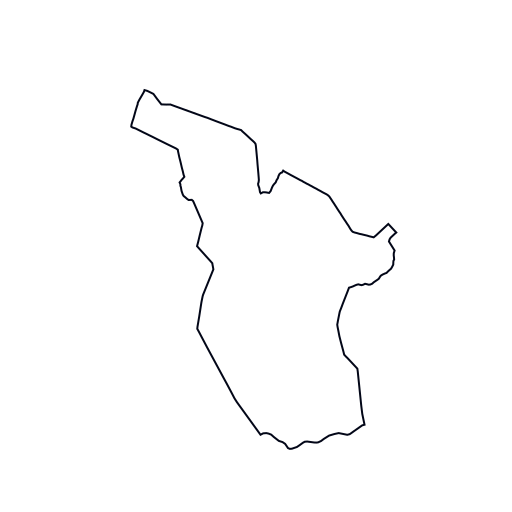 Matões, Maranhão, Brazil, rotated 47°
{"feature_id": "56859067B60490474667229", "entity_name": "Matões", "entity_type": "district", "adm_level": 2, "iso_a3": "BRA", "parent_name": "Brazil", "parent_adm1": "Maranhão", "projection": "mercator", "projection_center": [-43.362, -5.379], "detail": "fine", "context": "isolated", "style": "outline", "palette": "ink", "viewbox_px": 512, "rotation_deg": 47, "n_neighbors": 0, "source": "geoboundaries", "source_scale": "gbopen_adm2", "svg_char_len": 3993}
<svg xmlns="http://www.w3.org/2000/svg" viewBox="0 0 512 512"><g transform="rotate(47 256 256)"><path d="M67.5,220.5L65.0,221.4L61.1,222.9L58.6,224.4L59.5,226.0L60.3,228.5L61.3,231.8L62.1,234.5L62.8,236.5L63.3,237.9L64.4,239.2L65.1,240.6L67.7,245.1L69.8,248.5L72.0,252.1L73.3,254.6L75.1,257.6L76.3,259.0L77.7,258.7L79.2,257.9L80.6,257.1L86.8,254.8L89.0,254.0L91.0,253.2L93.1,252.4L95.0,251.7L98.1,250.5L104.6,248.1L113.6,244.7L122.7,241.2L124.9,240.7L126.4,241.7L131.4,244.7L133.8,246.0L135.8,247.1L141.0,250.1L144.2,251.8L147.1,253.5L149.2,254.4L149.5,256.8L149.6,258.6L149.9,260.1L150.1,261.7L152.0,262.4L153.1,263.4L154.5,264.0L156.1,265.1L157.7,266.1L159.7,267.0L161.3,267.7L162.8,268.0L164.8,267.7L167.0,267.5L169.1,267.1L171.1,264.7L172.9,264.5L175.8,265.5L186.7,269.4L195.6,272.6L197.0,274.4L198.3,276.6L202.2,282.6L206.0,288.3L208.6,292.4L211.7,292.5L222.7,292.7L229.3,292.8L231.5,292.9L232.8,293.8L234.1,294.6L236.7,296.3L248.2,321.0L249.0,322.4L252.2,326.9L253.1,328.1L261.3,338.5L267.8,347.0L269.2,348.6L272.7,349.5L274.9,350.1L277.8,350.9L280.0,351.5L289.2,354.0L295.7,355.7L322.9,362.8L330.3,364.7L340.0,367.3L345.4,368.8L349.7,369.6L352.8,370.0L389.8,374.6L390.6,371.7L392.6,369.2L394.5,367.9L397.0,366.7L400.5,366.4L406.8,365.4L410.2,363.5L413.3,362.8L418.3,363.6L420.1,362.8L421.4,361.2L423.6,356.3L424.1,353.0L424.6,348.9L425.1,347.0L426.6,345.1L432.1,340.6L433.8,338.9L434.7,337.6L435.7,334.5L436.0,331.3L437.2,325.0L439.7,320.0L441.9,316.3L444.8,314.2L449.0,311.2L450.2,309.0L450.5,307.1L450.8,304.6L452.3,293.8L453.4,291.7L444.0,286.0L437.1,281.0L409.8,260.3L407.5,258.7L403.1,258.7L401.4,258.7L399.3,258.7L395.4,258.7L392.7,258.7L391.2,258.8L388.3,258.8L385.8,257.4L384.5,256.7L379.2,253.9L377.5,253.0L371.5,249.7L367.7,247.3L365.6,246.0L363.5,244.7L361.6,243.4L360.5,241.9L359.5,240.6L354.8,234.1L353.7,232.5L352.2,229.3L350.0,224.9L344.2,212.8L342.6,209.6L343.6,207.6L344.4,205.7L344.9,204.1L345.6,202.2L346.5,200.5L347.8,199.7L349.3,198.7L350.1,197.2L350.7,195.2L352.3,194.1L353.8,193.2L354.8,191.9L355.5,189.9L355.5,187.9L355.9,185.3L356.2,183.5L356.4,181.7L355.9,180.0L355.5,178.2L355.9,176.1L356.7,173.7L357.4,172.1L357.3,170.3L357.3,168.2L357.4,165.9L356.7,163.6L355.9,161.5L354.3,159.9L353.3,158.8L352.8,157.4L351.2,156.1L349.4,154.8L347.9,153.3L346.5,150.9L336.1,148.9L334.9,146.9L334.4,145.0L334.4,143.4L334.4,141.4L334.4,139.2L334.5,137.4L333.0,137.4L329.8,137.4L324.3,137.4L322.8,137.4L322.8,146.1L322.8,147.6L322.8,150.5L322.8,152.3L322.8,154.1L322.6,157.2L320.9,158.3L319.0,159.6L316.9,160.8L315.1,162.0L313.6,163.0L312.2,163.9L310.4,165.2L308.0,166.6L306.0,167.9L304.2,168.8L302.5,168.8L300.9,168.6L299.0,168.2L296.8,167.7L294.6,167.4L291.9,166.9L289.8,166.6L288.0,166.3L286.4,166.0L284.6,165.7L282.5,165.2L280.3,164.9L278.6,164.6L276.8,164.3L274.8,163.9L273.0,163.6L270.9,163.2L268.3,162.8L266.3,162.4L264.3,162.1L262.5,161.8L260.3,162.0L258.8,162.4L256.3,163.3L254.6,163.9L252.9,164.4L251.4,164.9L249.7,165.5L248.2,165.9L246.6,166.5L244.9,167.1L242.9,167.7L241.0,168.4L239.6,168.8L237.6,169.6L235.6,170.2L234.3,170.7L232.3,171.2L230.7,171.9L229.1,172.4L227.6,172.9L226.1,173.4L224.4,174.0L222.6,174.6L220.6,175.3L218.4,176.0L215.4,177.0L213.6,177.6L212.1,177.9L212.7,180.0L212.1,181.3L212.1,183.1L212.9,185.1L214.0,186.9L214.6,189.3L215.6,191.4L215.8,194.0L216.1,195.6L216.8,197.5L218.5,201.0L218.8,203.4L216.0,205.5L214.1,207.5L213.5,209.8L212.0,209.5L208.5,207.2L205.6,206.0L204.5,205.1L203.8,203.8L202.4,202.1L200.8,200.8L197.0,197.8L189.8,192.2L186.8,189.8L175.4,181.0L173.7,179.9L172.0,179.7L170.0,179.8L166.9,180.1L162.5,180.4L159.7,180.6L155.5,181.0L153.8,181.0L151.9,182.1L150.3,183.1L148.2,184.3L145.9,185.4L144.2,186.2L142.8,187.0L141.0,187.9L138.7,189.0L137.3,189.7L135.3,190.7L133.3,191.7L131.9,192.4L129.7,193.5L127.4,194.6L125.6,195.5L124.1,196.2L121.8,197.3L119.5,198.6L112.1,202.4L94.7,211.3L90.8,213.3L86.8,215.3L85.7,216.5L84.2,218.2L80.6,221.8L73.5,221.2L71.9,221.0L67.5,220.5Z" fill="none" stroke="#020617" stroke-width="2"/></g></svg>